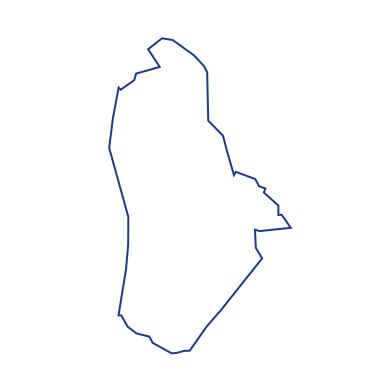 the district of Jefferson, Georgia, United States of America, rotated 171°
{"feature_id": "52423323B60673923968827", "entity_name": "Jefferson", "entity_type": "district", "adm_level": 2, "iso_a3": "USA", "parent_name": "United States of America", "parent_adm1": "Georgia", "projection": "equal_earth", "projection_center": [-82.449, 33.037], "detail": "fine", "context": "isolated", "style": "outline", "palette": "blue", "viewbox_px": 384, "rotation_deg": 171, "n_neighbors": 0, "source": "geoboundaries", "source_scale": "gbopen_adm2", "svg_char_len": 706}
<svg xmlns="http://www.w3.org/2000/svg" viewBox="0 0 384 384"><g transform="rotate(171 192 192)"><path d="M100.1,141.2L107.0,155.5L110.3,155.8L108.8,165.1L121.1,180.2L119.0,184.0L124.8,187.2L127.5,194.9L145.5,205.0L147.9,202.1L151.0,226.6L152.6,242.8L164.8,259.9L158.3,307.9L160.4,314.3L168.5,326.5L187.3,345.1L197.6,348.5L213.0,339.9L204.3,320.6L228.7,317.7L231.6,311.5L246.4,304.2L248.1,306.6L258.8,276.6L266.9,248.5L258.8,177.3L263.2,150.3L269.3,125.8L283.9,81.6L281.2,81.2L276.6,69.0L268.9,61.0L256.7,55.8L254.4,49.1L237.3,35.8L232.1,35.5L224.2,36.3L219.1,35.6L198.6,56.8L181.9,70.8L133.1,115.5L137.7,126.7L135.7,144.9L131.3,142.8L100.1,141.2Z" fill="none" stroke="#1e3a8a" stroke-width="2"/></g></svg>